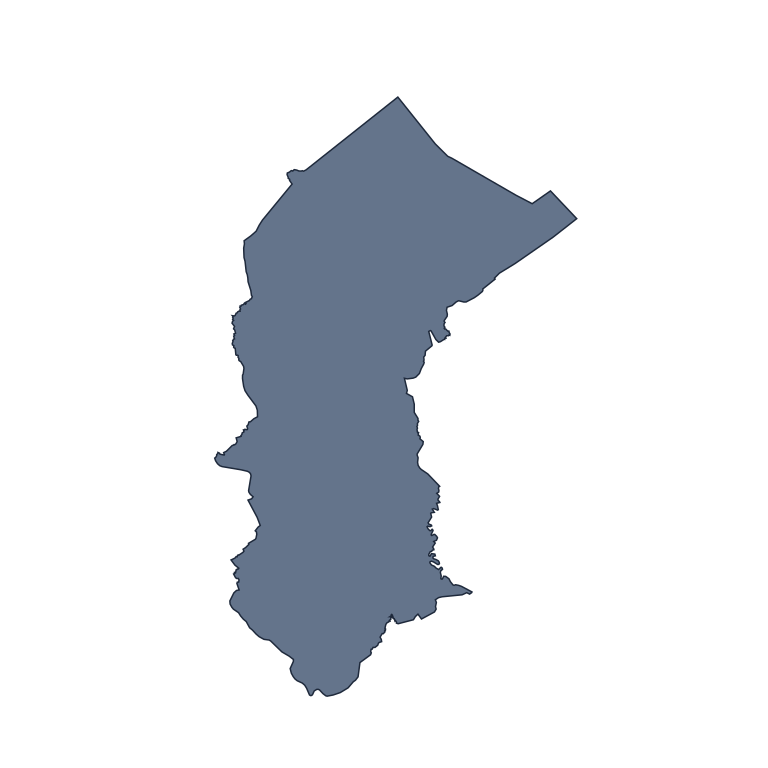 Khao Chaison, Phatthalung, Thailand, rotated 325°
{"feature_id": "78962969B96011402806004", "entity_name": "Khao Chaison", "entity_type": "district", "adm_level": 2, "iso_a3": "THA", "parent_name": "Thailand", "parent_adm1": "Phatthalung", "projection": "natural_earth1", "projection_center": [100.092, 7.466], "detail": "fine", "context": "isolated", "style": "filled", "palette": "slate", "viewbox_px": 768, "rotation_deg": 325, "n_neighbors": 0, "source": "geoboundaries", "source_scale": "gbopen_adm2", "svg_char_len": 6171}
<svg xmlns="http://www.w3.org/2000/svg" viewBox="0 0 768 768"><g transform="rotate(325 384 384)"><path d="M636.7,359.1L631.1,321.3L608.8,321.3L600.4,305.1L569.0,237.8L566.8,234.0L563.7,216.7L559.9,156.9L443.0,163.9L440.1,163.5L439.4,162.4L438.3,162.1L436.4,160.6L435.3,158.8L433.4,156.9L431.4,157.2L430.7,156.2L429.9,156.0L428.2,156.2L425.8,155.7L424.7,156.9L424.1,159.7L423.5,160.5L424.1,162.2L423.4,163.1L423.4,167.5L378.5,180.0L372.9,182.3L366.9,185.5L359.6,186.3L351.6,186.4L350.0,189.2L347.0,192.2L341.9,200.1L340.5,203.9L335.5,213.0L334.7,216.0L333.3,219.0L331.3,222.3L328.5,231.1L326.3,235.3L326.2,236.9L324.3,238.1L323.1,237.8L321.5,238.4L317.2,237.7L317.2,238.9L316.4,239.2L315.8,237.8L314.4,238.3L312.3,237.6L311.5,238.2L310.9,237.7L310.7,238.2L309.9,238.3L309.5,240.3L308.5,240.6L307.9,241.8L306.9,241.1L305.6,241.0L304.2,241.5L303.5,241.2L301.3,242.5L300.3,242.3L299.0,241.1L299.1,242.2L298.3,242.5L298.3,243.5L297.0,244.3L297.3,245.6L295.9,245.8L294.4,247.0L294.6,251.1L292.4,252.5L292.7,254.1L291.5,257.3L289.7,256.9L289.4,258.6L288.3,258.6L287.4,261.3L286.4,261.0L285.8,261.5L285.1,261.5L284.8,262.4L282.8,263.9L282.3,265.1L283.0,266.4L281.9,267.7L282.0,268.6L282.6,269.4L279.4,275.1L279.6,275.8L280.7,276.5L280.8,277.2L279.8,278.3L279.7,280.0L278.8,281.0L278.8,282.1L279.5,283.4L279.1,289.0L278.2,290.9L274.3,295.1L273.2,295.6L271.2,298.4L267.7,305.4L266.3,309.8L266.1,315.2L266.5,328.5L265.2,332.8L261.6,338.3L257.5,337.8L252.9,338.3L251.6,337.6L249.4,339.4L247.5,339.8L246.8,342.1L246.0,342.9L245.1,342.5L244.1,341.3L243.3,341.6L242.6,341.0L241.8,342.9L239.8,342.7L238.5,343.9L237.2,344.2L236.9,344.9L232.0,343.3L230.7,346.9L228.3,348.1L226.7,348.1L226.4,347.6L225.4,347.7L224.4,347.3L216.3,348.7L213.3,348.2L212.8,350.3L212.3,350.5L209.4,347.4L209.6,346.3L208.7,344.8L208.1,345.5L206.4,345.9L205.9,346.7L204.3,347.5L202.8,347.6L202.0,350.3L201.9,353.8L202.6,356.7L204.0,358.8L217.7,372.3L222.1,377.2L223.0,379.0L223.2,380.9L222.4,383.0L211.9,393.7L211.3,395.1L211.2,397.8L212.1,401.3L209.7,402.1L206.0,401.1L203.6,420.5L201.5,428.9L198.8,429.0L194.3,430.4L194.7,431.9L193.6,434.1L190.7,436.9L189.6,437.4L181.6,436.8L181.2,437.9L176.9,438.6L173.8,438.5L173.4,440.6L171.9,441.0L166.9,440.9L166.6,440.4L165.7,440.4L164.6,441.3L163.8,440.6L162.1,441.1L157.8,440.4L158.0,446.9L159.4,451.6L158.7,452.0L157.6,451.4L157.0,451.7L156.3,451.4L154.2,453.4L153.6,452.7L153.2,453.4L152.7,453.1L152.3,453.7L151.8,453.5L151.3,457.6L151.9,459.0L153.1,459.7L152.9,461.3L151.3,462.9L150.2,462.2L149.1,463.0L147.2,469.6L144.7,468.5L141.2,469.0L133.3,473.3L131.7,476.0L131.3,479.6L131.5,482.1L133.7,487.9L133.5,491.7L133.9,496.0L134.9,499.6L134.1,506.6L135.1,510.1L135.8,515.5L136.8,519.4L139.2,524.3L143.1,527.9L143.8,529.6L146.7,544.9L150.2,552.5L151.8,557.7L150.6,559.3L143.9,563.3L142.2,567.8L141.8,571.5L141.9,574.5L142.7,577.3L145.5,582.1L146.3,585.2L146.1,588.8L144.6,596.0L145.2,597.2L146.1,597.6L147.2,597.5L150.8,595.4L153.8,595.6L154.9,596.3L155.7,597.5L156.4,602.6L157.5,606.1L158.4,607.1L164.0,609.6L171.2,611.7L180.3,612.3L188.1,610.3L190.7,610.3L194.8,609.0L204.5,598.4L217.7,598.1L219.4,596.9L219.6,595.6L221.3,593.9L222.3,594.4L224.0,593.5L225.5,594.6L229.0,594.4L230.8,593.1L231.9,593.0L234.3,593.7L235.3,591.6L235.6,589.1L239.4,587.4L240.1,588.1L242.3,587.7L242.6,587.0L243.5,586.9L243.4,586.1L244.4,586.0L244.8,585.5L244.6,584.7L247.6,582.0L249.5,581.3L251.5,581.6L252.0,581.1L252.9,581.7L253.2,580.7L254.7,580.6L255.7,579.1L256.4,579.4L256.4,578.6L255.5,578.0L257.1,578.1L257.4,577.3L258.2,577.2L258.3,578.1L257.5,578.0L257.9,579.6L257.1,580.8L257.5,581.1L257.2,581.7L257.8,582.2L257.0,584.5L257.7,584.4L257.7,586.0L257.0,587.0L258.1,588.5L272.9,594.0L276.3,592.5L279.8,592.0L279.9,598.0L294.6,599.7L297.6,598.3L298.5,595.9L301.6,593.0L302.3,590.2L306.2,590.3L309.5,591.6L327.1,601.5L332.1,602.4L333.6,605.2L336.2,605.2L336.8,604.8L331.4,594.2L329.7,591.8L327.5,589.5L325.9,589.1L325.3,588.2L325.0,584.1L325.5,580.8L324.2,577.0L322.6,575.7L320.0,577.2L319.0,576.6L319.0,576.0L320.8,574.0L322.0,570.8L323.3,569.6L325.6,569.4L326.1,568.2L325.9,567.1L325.4,566.8L322.3,567.3L321.1,564.7L320.7,562.2L319.1,559.5L319.0,556.7L319.9,556.0L321.2,556.3L322.5,558.1L324.4,562.6L325.4,563.2L326.4,562.9L327.0,561.6L327.1,560.1L326.0,557.7L324.5,555.7L324.3,554.5L325.4,553.4L327.5,554.2L328.1,552.5L325.6,550.2L323.0,551.4L322.4,551.0L322.3,550.2L323.0,549.2L325.7,547.9L327.1,548.4L328.3,547.9L329.8,548.4L330.2,547.5L330.3,545.4L334.7,543.7L334.4,541.5L337.3,542.1L339.6,540.7L339.8,539.1L339.3,536.3L338.5,535.8L336.3,535.6L336.0,535.2L336.4,534.3L340.1,532.2L340.3,531.5L340.1,530.6L338.3,531.0L337.4,530.3L337.0,527.7L337.4,525.6L338.2,525.5L339.9,527.3L341.7,527.6L341.9,526.8L340.3,524.2L340.5,523.0L346.7,520.3L348.1,516.7L349.0,516.7L351.6,518.0L351.8,514.2L353.3,514.6L355.5,518.0L356.4,518.1L358.0,514.4L358.6,511.9L361.8,513.1L362.0,512.1L361.6,510.5L362.1,509.3L365.1,507.9L364.5,503.8L366.9,503.9L368.0,502.6L368.7,500.7L370.0,499.6L370.9,499.7L368.3,482.8L365.5,475.4L365.1,473.3L365.3,470.2L366.6,467.4L369.6,464.0L370.4,461.2L371.1,460.3L381.2,455.8L383.1,453.7L382.0,449.5L382.9,448.8L383.5,447.4L382.7,445.4L383.6,444.7L383.7,443.7L384.4,443.5L383.8,442.5L385.1,440.0L386.1,439.4L386.6,437.6L387.6,437.3L388.7,435.5L391.0,434.5L391.0,433.2L392.1,431.7L392.5,424.6L397.2,417.9L400.0,410.8L397.0,404.6L399.4,402.6L404.0,391.0L405.9,393.1L411.2,395.9L414.0,396.6L419.0,395.7L423.3,392.8L428.2,390.3L429.4,389.2L429.4,388.0L430.5,387.4L432.0,384.7L434.1,384.1L436.8,380.9L445.1,380.2L445.8,379.7L450.8,366.6L452.6,366.8L453.0,367.5L452.0,377.3L452.7,381.1L454.5,381.7L458.9,381.9L459.3,382.3L460.1,381.3L461.0,382.0L461.4,380.9L463.0,380.4L464.5,381.4L465.2,381.1L465.8,381.9L466.8,380.9L466.9,379.2L467.5,377.9L466.5,377.1L466.1,374.3L465.2,373.7L465.3,372.8L466.5,372.4L466.4,371.1L466.8,370.2L468.0,369.0L469.3,368.6L469.2,367.2L469.7,366.6L474.5,364.8L475.9,363.2L477.4,359.5L479.7,357.3L484.8,358.8L490.3,358.2L492.9,358.6L496.5,362.7L498.3,363.9L507.5,365.1L512.1,365.1L517.7,364.6L518.8,363.9L519.5,362.8L535.2,361.8L535.2,360.6L542.1,359.4L560.7,360.5L606.8,360.7L636.7,359.1Z" fill="#64748b" stroke="#1e293b" stroke-width="1.5"/></g></svg>